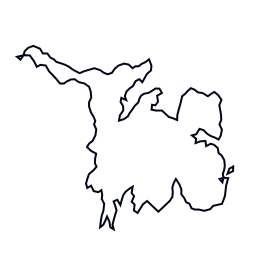 the district of Imbuia, Santa Catarina, Brazil, rotated 170°
{"feature_id": "56859067B70457248873437", "entity_name": "Imbuia", "entity_type": "district", "adm_level": 2, "iso_a3": "BRA", "parent_name": "Brazil", "parent_adm1": "Santa Catarina", "projection": "natural_earth1", "projection_center": [-49.4, -27.515], "detail": "fine", "context": "isolated", "style": "outline", "palette": "ink", "viewbox_px": 256, "rotation_deg": 170, "n_neighbors": 0, "source": "geoboundaries", "source_scale": "gbopen_adm2", "svg_char_len": 2858}
<svg xmlns="http://www.w3.org/2000/svg" viewBox="0 0 256 256"><g transform="rotate(170 128 128)"><path d="M218.4,217.7L212.1,216.6L209.0,210.2L207.2,204.1L203.3,205.4L198.1,203.8L195.9,197.5L193.4,193.9L190.1,188.7L187.2,183.6L183.4,182.9L180.4,184.4L175.8,185.7L172.1,185.3L168.5,181.7L163.3,179.5L159.2,175.4L158.4,170.4L158.9,164.4L161.9,160.1L162.6,155.9L161.8,149.8L159.9,145.0L159.0,140.7L160.8,137.4L159.5,132.2L161.3,126.5L165.0,121.5L169.0,119.4L171.7,116.5L168.3,111.8L163.8,108.3L165.7,103.5L166.7,98.9L165.7,95.3L169.3,92.4L174.4,89.4L177.1,84.6L179.0,80.5L178.5,76.0L174.4,77.6L172.7,71.8L168.4,70.0L165.0,71.4L165.0,66.6L166.2,62.7L164.6,57.6L166.6,50.7L169.1,46.2L171.0,40.9L172.7,35.1L169.1,37.0L166.4,40.7L164.0,44.5L162.6,39.0L162.6,33.3L159.7,30.7L160.0,35.5L158.1,39.8L155.7,44.8L153.6,48.9L154.1,54.0L154.9,58.2L151.0,59.2L148.9,53.4L146.2,59.2L144.0,63.1L141.2,65.8L137.5,67.8L133.6,69.4L135.7,63.3L133.8,59.8L137.2,54.7L134.8,51.4L136.5,45.7L133.3,42.7L129.4,47.0L126.5,50.3L121.9,52.8L112.6,40.3L99.6,48.9L96.3,52.4L95.0,57.1L94.7,61.5L92.6,65.8L89.7,69.5L87.2,63.6L86.1,58.4L87.0,53.6L84.8,49.3L83.6,44.8L80.6,42.7L79.4,37.9L76.4,36.1L72.5,35.4L67.2,33.2L61.2,33.8L57.6,36.6L54.4,36.7L48.6,37.0L45.9,41.5L44.2,44.6L43.0,48.7L41.4,54.1L39.7,57.8L38.0,61.2L42.6,62.4L42.6,66.4L40.6,69.9L39.2,74.1L38.8,79.7L40.6,84.8L43.1,87.5L43.1,92.7L46.2,96.5L49.3,98.1L54.2,96.6L54.0,101.8L59.3,102.3L64.1,101.4L62.8,105.6L66.3,109.6L61.9,110.0L57.7,114.7L54.0,112.8L51.0,108.5L47.7,105.6L44.3,103.6L40.8,100.9L38.1,104.2L35.8,110.0L37.3,115.7L34.8,119.7L34.1,124.4L34.1,129.3L34.1,134.6L31.1,139.5L33.4,144.6L36.7,148.5L40.1,147.2L43.8,145.4L48.4,149.4L53.0,151.0L55.8,154.2L59.2,156.3L63.1,153.9L65.8,151.7L69.3,149.8L71.1,145.1L73.2,140.7L75.2,136.6L77.3,131.8L78.2,127.3L81.7,129.6L85.9,131.8L88.4,135.1L91.5,139.3L97.3,140.3L101.6,141.9L100.3,146.7L97.1,145.6L93.9,148.7L93.7,154.7L88.5,156.6L90.2,161.3L94.0,162.1L97.1,160.8L101.3,159.1L106.4,158.9L109.6,157.5L111.8,154.7L113.5,151.3L117.4,148.7L120.5,145.5L123.7,142.5L126.1,139.5L130.5,137.4L135.6,136.8L133.8,141.8L129.6,146.1L129.0,150.4L130.8,154.9L129.3,158.8L124.9,155.8L125.6,159.9L123.1,164.2L119.6,166.7L116.0,168.3L112.3,172.9L108.3,174.1L106.0,170.6L102.7,174.6L100.0,177.9L95.4,180.7L94.1,185.3L95.3,192.0L99.5,189.8L103.4,188.8L106.8,186.9L109.9,187.5L113.1,186.1L116.4,190.4L120.7,192.1L126.7,191.1L130.8,188.6L134.3,185.1L138.6,184.4L142.3,186.6L145.3,189.8L150.7,192.7L156.0,192.1L160.9,191.6L166.2,190.4L171.9,194.8L175.7,198.7L179.0,201.2L182.9,203.4L187.0,205.5L189.2,208.6L192.2,210.8L194.5,215.4L198.9,216.2L200.9,221.4L207.0,225.3L212.4,224.3L216.4,221.6L218.4,217.7ZM42.6,62.4L44.5,58.0L46.7,61.9L42.6,62.4ZM35.3,70.3L38.0,65.6L32.0,67.3L31.1,71.8L35.3,70.3ZM224.9,217.4L222.1,214.0L218.4,217.7L224.9,217.4Z" fill="none" stroke="#020617" stroke-width="2"/></g></svg>